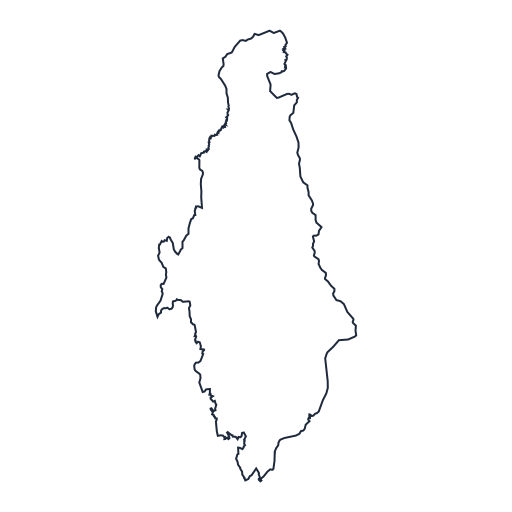 the district of Khao Khitchakut, Chanthaburi, Thailand
{"feature_id": "78962969B7346978747814", "entity_name": "Khao Khitchakut", "entity_type": "district", "adm_level": 2, "iso_a3": "THA", "parent_name": "Thailand", "parent_adm1": "Chanthaburi", "projection": "equal_earth", "projection_center": [102.068, 12.967], "detail": "fine", "context": "isolated", "style": "outline", "palette": "slate", "viewbox_px": 512, "rotation_deg": 0, "n_neighbors": 0, "source": "geoboundaries", "source_scale": "gbopen_adm2", "svg_char_len": 6049}
<svg xmlns="http://www.w3.org/2000/svg" viewBox="0 0 512 512"><path d="M157.5,316.8L158.7,314.2L161.0,312.6L161.1,310.5L162.1,309.1L164.0,308.1L165.5,308.3L167.3,307.7L169.5,309.3L171.6,308.7L172.5,307.5L173.0,305.7L172.7,303.2L173.0,301.4L175.5,300.8L176.4,300.2L176.9,299.3L177.9,299.9L180.9,300.1L182.8,301.8L188.9,301.3L189.7,301.8L190.3,305.4L189.1,307.8L189.0,308.9L189.5,311.2L189.7,316.3L191.0,319.2L191.0,322.5L192.0,323.1L192.8,324.3L194.3,324.6L194.7,325.3L196.0,332.1L195.1,333.9L195.4,334.5L194.8,335.9L195.7,335.7L196.2,336.5L195.0,339.9L195.7,341.0L195.4,341.6L196.6,343.2L198.0,341.7L199.8,342.4L200.9,346.3L200.4,349.1L204.0,349.5L204.1,350.1L202.6,351.5L202.3,353.4L203.2,354.0L200.5,360.9L198.5,362.5L195.9,362.7L194.9,364.0L194.2,365.5L194.6,369.5L195.8,371.1L199.6,373.9L200.3,375.0L200.5,378.2L199.3,382.5L202.7,392.0L204.6,391.5L206.0,389.4L209.9,389.0L209.9,392.5L209.5,394.4L210.5,394.1L210.5,395.3L212.8,396.2L210.5,397.8L210.7,398.9L213.2,401.6L214.8,400.9L215.6,403.8L216.3,404.6L215.1,408.9L215.5,410.2L213.6,411.1L211.4,408.3L210.6,408.6L210.9,409.7L212.9,412.3L212.1,414.4L213.9,415.2L213.9,416.4L214.8,416.7L215.2,418.3L216.7,418.4L216.7,419.8L215.9,421.3L216.8,431.2L217.8,435.8L220.7,435.3L223.0,435.6L224.0,436.9L224.8,436.9L224.4,439.1L225.3,439.0L227.1,437.6L228.4,439.1L229.4,438.3L229.0,436.2L227.1,432.6L227.7,432.1L231.6,435.2L232.5,435.3L232.8,436.6L235.7,436.8L237.6,439.2L238.5,436.9L240.1,437.3L241.5,436.3L242.1,432.9L243.8,432.5L245.9,436.4L244.1,439.7L244.7,440.2L244.2,441.3L244.5,441.6L244.1,443.7L245.0,445.2L243.7,446.5L243.6,447.5L242.4,449.1L239.7,447.8L238.1,447.6L238.4,453.9L237.4,454.4L236.1,458.8L237.5,461.6L238.1,464.8L240.2,467.7L240.2,468.6L242.1,471.7L242.3,474.7L243.7,476.5L244.2,478.1L244.7,478.2L244.6,478.7L245.3,480.4L248.3,479.0L249.8,476.2L251.6,475.2L256.2,468.5L259.0,473.1L258.7,474.1L259.8,477.2L259.7,478.0L258.7,479.1L259.0,480.0L260.4,481.3L261.3,480.6L260.7,480.1L261.3,478.3L263.4,476.7L267.5,471.6L270.2,469.4L272.4,469.8L273.4,468.9L274.5,461.0L274.7,453.7L275.0,452.9L274.6,452.0L276.2,448.1L278.0,445.6L278.4,444.3L278.4,442.8L279.7,440.3L280.5,439.6L284.4,438.0L295.8,435.6L299.4,433.8L301.0,431.0L302.8,430.8L304.1,429.7L304.8,428.5L305.7,424.7L309.5,421.1L308.2,419.5L308.7,417.8L310.0,418.0L309.9,416.9L309.3,415.8L309.4,414.4L310.6,414.8L311.3,416.0L313.1,415.8L315.2,413.7L316.8,413.2L318.7,411.6L322.9,400.1L326.3,393.5L327.8,387.9L327.7,381.1L325.2,358.4L326.7,353.7L327.5,352.2L333.3,346.7L338.9,340.2L348.1,339.5L354.8,336.6L356.2,335.4L355.5,330.6L355.9,325.7L352.9,322.8L352.7,321.7L353.5,319.8L353.3,318.8L347.3,311.9L343.9,304.1L340.5,301.2L336.4,300.1L333.4,295.6L333.1,293.5L334.4,291.2L334.4,288.8L331.1,285.8L327.9,281.4L325.1,279.1L325.0,278.2L326.0,275.0L325.8,272.9L321.8,269.9L320.2,267.5L318.6,264.0L319.0,260.8L318.4,259.1L314.4,256.5L313.9,255.6L314.7,252.8L314.6,250.9L312.3,247.6L313.1,245.6L313.0,243.8L314.1,241.4L312.9,236.6L313.6,235.7L316.5,235.6L318.5,234.4L319.0,230.8L321.5,227.1L316.4,222.6L315.6,220.0L315.6,215.1L312.4,212.9L311.3,211.1L311.2,208.7L313.0,205.2L313.1,203.9L312.0,200.7L308.6,195.3L308.6,192.1L307.5,187.8L307.4,185.3L303.2,182.3L300.4,176.5L299.8,168.0L299.0,163.6L299.9,160.1L299.9,158.4L298.0,155.0L297.3,152.7L298.6,147.4L298.5,142.6L296.5,136.6L293.3,129.7L291.0,122.7L289.4,120.3L289.7,116.6L290.4,115.3L293.3,112.9L294.2,105.4L296.8,102.4L296.9,99.8L298.1,97.8L297.1,96.9L296.5,94.1L294.9,93.3L291.5,94.8L289.0,93.8L287.2,93.9L278.3,97.7L276.8,97.9L270.1,91.1L270.6,84.6L267.2,76.0L267.1,73.9L270.5,72.0L274.6,74.0L279.0,73.3L281.4,72.3L281.8,71.2L283.0,71.4L284.2,70.9L286.1,68.5L285.9,66.5L285.1,66.9L285.5,64.9L284.6,64.5L284.5,63.7L285.7,61.5L285.4,60.1L286.4,60.0L286.7,59.3L286.8,57.4L286.2,56.3L287.5,54.8L286.1,53.5L285.6,52.4L283.8,52.1L284.0,51.3L283.4,50.6L284.4,50.0L283.1,49.1L283.9,48.4L285.1,48.4L284.3,46.9L285.7,46.3L285.5,44.9L287.0,42.8L285.2,37.5L283.0,33.5L281.3,31.7L279.9,30.7L273.8,33.0L269.6,30.7L258.7,35.1L254.6,33.9L253.1,36.7L251.2,38.5L247.6,39.6L245.9,40.9L242.6,40.1L240.2,40.6L234.7,46.9L232.2,51.8L231.5,52.6L227.2,54.1L225.4,56.8L222.8,58.4L223.6,64.2L223.4,66.0L221.9,67.3L219.5,71.1L218.5,75.5L219.0,77.1L220.8,78.8L225.2,85.7L226.5,89.0L226.5,93.3L227.8,97.5L228.1,103.0L228.7,105.3L228.4,106.6L229.0,108.7L228.7,109.8L228.1,109.7L228.7,110.4L227.5,112.5L227.6,114.5L228.2,115.1L227.2,116.4L227.1,117.3L226.7,116.9L226.2,117.3L227.1,118.2L227.1,119.6L226.2,120.2L226.8,120.9L225.7,122.2L226.1,123.2L225.2,123.8L225.6,124.5L225.2,124.3L224.6,124.9L225.0,127.0L224.4,127.1L224.2,126.7L223.7,127.2L223.4,125.9L222.7,126.4L222.5,127.2L222.0,126.9L220.8,129.9L220.4,129.7L219.8,130.7L218.9,130.5L218.5,132.8L217.7,132.2L216.9,134.2L217.1,134.8L215.9,135.1L214.9,134.7L214.4,135.9L211.5,135.7L211.5,136.6L210.4,136.7L210.6,137.9L210.1,137.7L210.0,138.5L209.4,138.4L209.1,140.7L209.4,142.2L208.7,142.4L209.2,144.4L208.6,145.8L208.9,146.5L208.4,147.5L208.8,148.9L208.2,149.8L207.9,149.4L207.2,150.8L206.6,150.1L206.4,151.7L205.6,151.1L204.0,151.6L204.1,152.5L201.2,153.2L199.8,156.3L198.5,155.2L197.0,156.9L195.6,156.6L194.8,158.4L195.0,158.7L196.6,157.8L199.1,159.6L199.4,160.2L199.3,167.9L200.0,169.5L202.3,170.9L203.0,172.9L202.8,174.6L201.1,178.8L200.8,184.0L201.4,191.7L201.2,197.0L202.0,207.9L198.2,206.3L196.0,206.5L196.1,207.8L195.3,208.3L195.2,210.0L194.7,211.0L195.3,215.0L194.2,215.1L192.9,218.3L191.2,219.1L189.8,223.3L188.5,228.4L188.5,233.8L186.3,235.6L183.7,240.4L182.5,241.7L182.5,248.1L180.6,249.8L180.4,250.7L178.2,254.5L176.6,253.5L176.4,252.7L175.5,252.3L173.8,249.4L172.8,243.1L170.4,239.0L170.1,237.7L168.7,236.8L167.2,238.0L166.8,240.8L164.7,240.2L164.1,241.4L162.8,241.8L161.7,241.0L159.9,244.5L159.2,244.6L158.8,248.0L159.6,252.5L158.1,255.7L158.8,259.1L159.4,260.3L161.6,262.7L163.4,267.0L165.8,268.4L166.3,272.1L165.9,274.5L166.4,277.6L163.6,283.9L161.7,283.8L160.7,285.2L160.8,287.3L162.3,289.1L161.7,291.4L162.5,292.7L162.6,294.1L160.5,300.7L156.8,305.8L156.1,307.5L155.8,311.4L157.5,316.8Z" fill="none" stroke="#1e293b" stroke-width="2"/></svg>